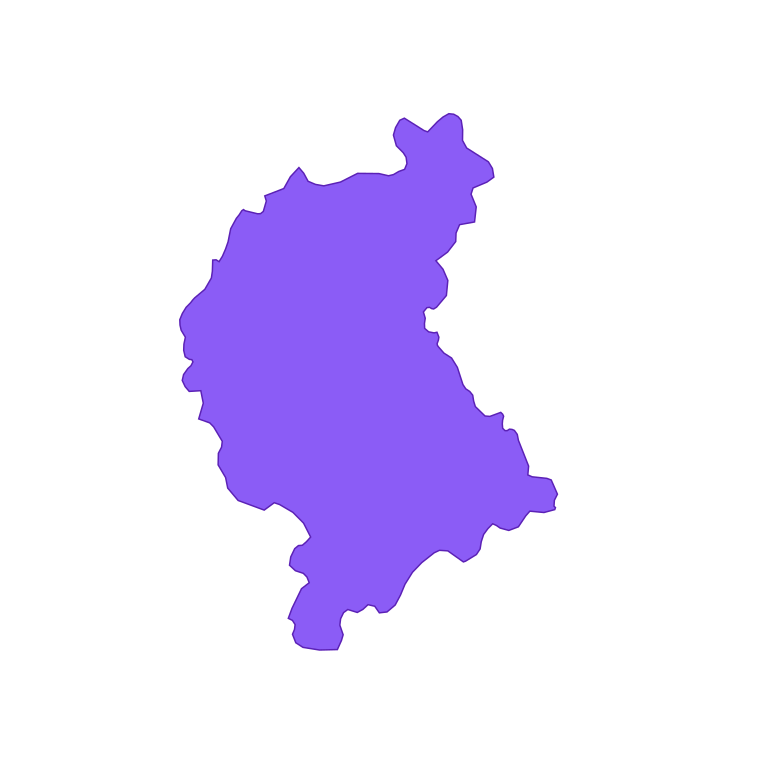 the Voivodeship of Greater Poland, rotated 30°
{"feature_id": "POL-3144", "entity_name": "Greater Poland", "entity_type": "Voivodeship", "adm_level": 1, "iso_a3": "POL", "parent_name": "Poland", "parent_adm1": "", "projection": "albers", "projection_center": [17.345, 52.331], "detail": "fine", "context": "isolated", "style": "filled", "palette": "violet", "viewbox_px": 768, "rotation_deg": 30, "n_neighbors": 0, "source": "natural_earth", "source_scale": "10m", "svg_char_len": 2762}
<svg xmlns="http://www.w3.org/2000/svg" viewBox="0 0 768 768"><g transform="rotate(30 384 384)"><path d="M589.3,392.7L589.7,399.5L592.3,404.8L594.3,405.3L594.7,407.4L586.8,415.3L573.9,421.2L572.7,427.2L571.8,440.5L565.3,448.4L556.6,450.7L552.1,450.3L548.0,450.7L546.3,457.3L545.5,464.5L547.1,472.0L549.7,478.8L549.3,485.5L543.2,496.7L541.7,498.4L522.7,496.6L515.2,500.3L511.9,505.0L506.0,519.8L502.8,532.8L502.3,546.9L503.8,558.5L504.2,569.8L500.6,579.9L494.4,584.5L487.1,581.1L480.5,583.1L478.4,589.8L475.1,595.2L465.4,597.4L463.3,602.2L463.8,609.0L466.3,614.9L474.0,621.6L475.4,627.4L476.4,637.3L461.2,646.6L445.5,652.6L437.0,652.2L429.9,646.5L429.2,641.3L427.3,636.8L422.9,634.5L418.3,634.8L416.5,624.3L414.9,602.5L418.6,593.5L413.8,589.7L408.8,588.3L400.6,590.0L392.8,588.2L389.7,580.4L389.0,571.2L390.7,566.7L393.9,564.5L395.7,559.3L397.0,553.2L383.9,544.7L369.3,540.7L353.8,540.6L348.3,541.7L343.3,553.1L315.9,557.8L300.7,552.3L293.6,544.2L280.8,537.0L275.2,526.8L274.9,519.9L272.6,514.5L257.9,506.3L252.5,504.8L241.0,506.9L237.1,491.0L228.7,481.4L219.0,487.8L213.1,485.7L207.5,481.8L205.7,476.0L206.4,468.7L207.7,464.7L207.5,460.4L205.4,459.0L203.1,460.0L198.2,459.8L193.7,455.0L190.8,449.5L188.6,442.8L181.4,438.8L177.9,435.0L175.0,430.4L174.1,423.7L174.3,416.5L175.9,410.3L176.3,407.1L177.0,404.0L181.5,391.6L181.5,378.5L179.0,372.2L173.7,362.3L176.5,360.4L180.0,360.5L180.2,354.1L179.3,346.3L177.9,338.9L173.6,326.2L173.3,314.4L174.0,309.9L174.2,305.1L175.1,303.2L177.1,303.4L189.4,299.8L191.9,298.2L193.2,294.9L190.6,284.4L186.7,280.7L199.5,264.8L199.3,251.3L202.1,239.1L209.1,241.6L216.9,246.4L224.9,245.4L232.8,242.5L245.3,230.9L255.8,214.8L274.4,204.3L283.8,201.4L287.5,197.9L290.5,192.6L294.5,187.8L293.7,181.7L289.8,176.6L285.1,174.1L275.6,171.5L267.7,163.7L265.8,156.1L265.8,147.7L268.7,143.6L291.9,144.5L295.8,143.8L299.1,130.2L301.6,123.3L305.0,117.5L309.5,115.5L314.3,115.4L319.0,117.0L325.0,124.5L330.2,133.8L337.6,138.3L363.3,139.4L370.1,143.1L375.7,149.9L372.2,157.7L363.1,169.7L364.5,176.1L375.3,184.5L381.4,198.4L369.8,208.2L370.9,217.2L374.9,224.8L373.1,238.0L367.3,251.3L377.7,255.1L387.5,262.4L393.8,276.2L391.1,291.2L389.5,294.2L387.5,294.9L385.2,294.8L383.0,296.4L382.1,301.9L386.8,306.4L388.8,311.4L391.4,315.5L396.6,316.5L401.8,314.7L404.0,312.7L408.1,316.0L409.2,318.9L409.8,322.4L410.8,323.7L412.3,324.5L420.5,327.3L429.5,327.7L439.2,332.9L452.6,345.0L457.2,347.3L462.0,347.6L466.4,349.3L470.2,354.0L474.4,357.9L487.5,361.2L491.9,359.1L499.3,350.2L501.8,350.8L503.7,352.1L504.8,356.0L506.4,359.4L508.9,363.0L512.1,363.9L514.0,362.8L515.2,360.4L517.6,359.3L520.1,359.0L524.6,361.0L528.6,365.6L550.3,382.8L554.0,390.8L558.7,390.3L572.2,384.3L576.8,383.5L589.3,392.7Z" fill="#8b5cf6" stroke="#5b21b6" stroke-width="1.5"/></g></svg>